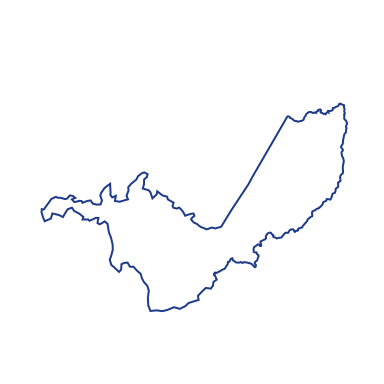 outline of Zacharia, Paphos, Cyprus, rotated 16°
{"feature_id": "46923920B76553636129870", "entity_name": "Zacharia", "entity_type": "district", "adm_level": 2, "iso_a3": "CYP", "parent_name": "Cyprus", "parent_adm1": "Paphos", "projection": "natural_earth1", "projection_center": [32.548, 34.988], "detail": "fine", "context": "isolated", "style": "outline", "palette": "blue", "viewbox_px": 384, "rotation_deg": 16, "n_neighbors": 0, "source": "geoboundaries", "source_scale": "gbopen_adm2", "svg_char_len": 4863}
<svg xmlns="http://www.w3.org/2000/svg" viewBox="0 0 384 384"><g transform="rotate(16 192 192)"><path d="M262.8,93.4L245.9,160.8L244.1,169.1L234.9,198.4L229.6,217.4L224.2,220.7L221.1,220.6L216.3,223.9L212.6,223.3L210.7,223.3L208.3,222.6L205.7,221.4L202.1,220.8L200.1,219.6L198.6,218.5L199.3,216.5L200.9,214.3L199.4,212.3L196.9,213.3L191.9,216.7L189.2,213.8L186.5,211.8L183.9,210.5L181.8,212.2L178.4,212.2L177.2,210.9L177.2,207.3L170.8,205.8L169.4,203.4L164.4,203.4L158.4,200.9L158.7,204.0L155.7,209.0L152.1,203.7L149.9,202.3L143.7,202.2L143.7,197.7L142.5,193.1L144.5,190.1L144.4,187.1L140.6,186.3L138.5,187.9L135.8,191.6L135.0,195.5L131.3,200.8L129.4,204.9L130.6,208.2L130.1,213.5L132.5,216.7L125.1,221.3L120.4,221.9L119.8,216.7L116.8,219.2L114.3,217.2L113.8,214.8L111.0,206.7L106.8,212.3L104.9,218.1L104.9,220.9L107.8,224.9L107.5,229.2L103.7,230.4L100.1,230.6L96.8,228.1L93.9,229.4L89.7,232.6L88.4,231.1L86.0,231.6L83.9,233.0L81.7,234.1L78.6,232.2L81.4,229.8L78.5,228.7L75.6,228.9L73.8,232.7L71.9,233.8L67.3,233.8L64.4,234.5L62.4,234.2L58.7,237.5L57.0,242.4L54.3,249.7L52.3,249.9L53.0,253.1L55.9,257.5L58.5,260.7L63.7,256.4L63.7,251.1L70.5,250.8L74.8,251.7L76.2,246.1L77.3,242.8L80.9,240.2L84.0,242.7L89.7,243.9L94.4,245.9L94.4,248.6L99.8,247.0L101.4,247.9L104.1,245.7L106.6,243.4L109.2,242.7L109.4,245.6L109.8,248.0L112.2,248.5L114.3,246.4L116.2,244.3L119.6,245.9L122.2,251.6L123.8,254.4L126.3,257.6L128.2,260.8L130.2,264.4L131.8,269.5L131.9,276.1L131.6,279.7L134.5,284.3L137.6,285.7L143.9,288.9L145.3,286.2L144.1,280.9L146.3,278.9L149.5,277.6L152.9,280.9L156.4,280.0L161.2,283.0L165.2,284.8L167.6,288.7L170.5,291.7L175.1,294.7L177.7,298.8L178.8,306.1L181.3,313.2L184.8,317.8L190.8,315.5L196.3,314.7L200.7,312.3L206.4,307.7L212.4,307.7L217.0,303.6L219.4,299.6L223.5,296.9L228.1,293.9L226.3,290.2L228.9,285.2L231.7,280.4L236.7,279.7L238.0,276.3L237.4,272.5L239.9,269.4L237.1,266.0L236.0,265.7L235.8,265.0L235.9,263.9L236.4,263.1L237.2,263.6L238.6,262.2L239.0,262.2L239.9,261.0L240.6,260.7L242.1,258.7L244.6,256.8L246.2,251.3L245.9,249.3L247.0,248.8L247.3,248.0L247.7,245.5L249.1,244.6L250.0,246.3L251.9,246.9L253.8,247.6L257.1,246.8L258.4,245.8L260.0,246.3L261.6,245.0L261.8,245.0L265.1,244.6L266.3,244.8L267.2,244.4L269.2,244.8L272.3,246.5L272.9,247.0L273.5,246.8L273.8,246.3L273.7,245.7L273.6,244.8L273.4,244.3L272.1,243.6L271.8,243.0L271.9,242.0L272.5,241.0L273.3,240.1L273.5,239.2L273.5,237.3L273.7,235.6L273.6,234.8L273.3,234.5L272.6,234.3L271.7,233.7L271.4,233.5L270.6,232.3L269.4,232.7L268.4,232.7L267.9,232.6L266.9,229.8L266.8,228.0L268.6,225.8L269.6,224.3L270.0,224.1L271.2,224.3L272.2,225.2L273.2,224.8L273.2,224.3L273.0,223.4L271.5,221.5L271.5,220.6L272.3,220.1L273.1,219.2L275.1,217.5L275.8,216.4L275.9,215.8L275.3,214.7L275.2,213.8L275.4,212.8L276.2,210.9L277.5,209.9L278.6,209.4L279.1,209.5L280.8,210.8L282.2,211.2L282.0,211.9L282.3,212.5L282.8,212.8L284.8,212.8L286.1,213.3L290.5,211.0L292.7,205.9L293.4,205.3L295.6,204.8L296.5,201.7L297.7,200.6L298.9,200.2L299.6,200.0L300.2,200.4L300.9,201.3L301.9,202.0L302.1,201.6L302.1,201.0L303.6,200.4L303.8,199.9L304.6,199.5L304.2,198.1L305.9,196.6L307.5,195.9L307.9,194.1L310.7,188.2L310.8,186.3L312.3,184.3L313.1,183.0L314.2,182.2L314.1,181.0L313.4,180.0L313.1,178.8L313.1,177.5L313.9,176.7L315.3,175.6L315.8,175.0L316.2,174.1L316.7,173.7L318.2,172.9L318.4,172.6L318.4,172.1L319.0,171.7L320.7,168.5L321.0,167.2L320.9,165.9L321.8,164.8L323.2,163.7L323.5,163.2L323.4,161.7L325.0,161.3L327.0,161.2L327.4,160.4L327.6,158.4L327.6,154.9L329.6,153.3L329.6,150.6L329.2,149.6L329.8,148.4L330.9,147.2L330.9,145.8L330.3,144.4L329.9,143.2L329.9,142.6L330.1,142.5L331.7,140.2L331.3,139.4L331.1,138.8L330.3,137.3L330.2,135.3L330.9,133.6L331.7,132.8L331.7,130.9L330.9,129.0L330.1,126.8L329.4,120.3L328.5,118.7L327.7,117.4L326.7,116.6L325.0,113.4L324.8,112.5L325.1,111.5L325.6,110.6L325.3,109.8L324.6,109.0L323.5,108.4L322.7,107.4L323.0,106.1L323.6,104.3L323.5,103.3L323.5,102.5L323.2,101.9L323.0,100.7L322.8,98.8L322.6,95.4L322.6,93.9L323.5,92.4L323.4,91.4L322.9,89.7L323.0,88.1L322.3,87.3L321.9,86.4L322.2,83.2L320.2,80.8L318.6,80.2L318.1,79.4L317.7,78.2L317.5,76.7L316.8,75.6L317.3,74.8L317.0,73.9L316.1,72.5L315.6,69.7L314.8,68.9L314.2,66.7L312.3,66.6L311.1,66.2L310.8,66.6L310.0,66.3L309.4,66.5L308.9,68.8L308.1,69.6L306.4,70.9L305.6,72.0L304.3,72.5L304.4,72.9L304.6,74.4L304.3,74.9L303.8,75.3L302.4,76.0L300.4,76.6L300.4,77.0L301.2,78.0L300.2,77.9L299.5,78.6L299.0,80.5L298.0,80.2L296.9,80.7L295.2,80.1L294.1,80.2L293.6,79.8L293.6,78.0L292.7,77.3L291.9,77.6L291.0,78.1L290.5,78.7L291.0,79.2L289.5,80.6L289.5,81.8L288.3,81.6L286.7,82.7L284.3,82.3L284.0,82.6L283.1,82.5L282.2,83.1L280.3,85.6L280.2,87.5L279.4,89.0L279.3,91.9L277.9,93.3L274.3,95.3L273.3,95.0L270.6,95.3L268.4,94.1L267.2,93.9L265.8,93.7L265.4,93.1L264.3,92.7L263.5,92.8L263.0,93.1L262.8,93.4Z" fill="none" stroke="#1e3a8a" stroke-width="2"/></g></svg>